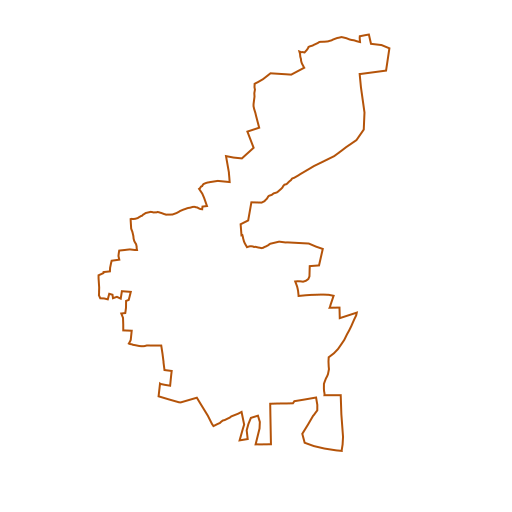 outline of Cuncunul, Yucatán, Mexico, rotated 172°
{"feature_id": "50627088B4763987970493", "entity_name": "Cuncunul", "entity_type": "district", "adm_level": 2, "iso_a3": "MEX", "parent_name": "Mexico", "parent_adm1": "Yucatán", "projection": "robinson", "projection_center": [-88.345, 20.622], "detail": "fine", "context": "isolated", "style": "outline", "palette": "amber", "viewbox_px": 512, "rotation_deg": 172, "n_neighbors": 0, "source": "geoboundaries", "source_scale": "gbopen_adm2", "svg_char_len": 6025}
<svg xmlns="http://www.w3.org/2000/svg" viewBox="0 0 512 512"><g transform="rotate(172 256 256)"><path d="M95.0,443.1L102.3,447.4L112.6,450.1L113.4,459.6L113.7,459.6L116.7,459.5L121.9,459.2L122.6,459.2L123.0,457.5L123.2,453.4L124.8,454.0L125.2,454.2L126.2,454.6L127.4,455.2L128.8,455.9L130.1,456.3L131.2,456.6L133.2,457.4L136.2,459.1L138.7,460.1L139.5,460.4L140.9,460.9L142.9,460.7L144.3,460.6L145.1,460.6L146.1,460.4L149.7,459.6L150.7,459.2L151.4,459.0L153.2,458.8L154.9,458.5L157.0,458.6L158.8,458.7L162.0,459.1L163.0,459.1L163.5,459.1L165.2,458.3L167.8,457.5L169.2,457.1L170.7,456.5L172.9,456.2L173.5,456.1L174.9,455.7L175.4,454.8L176.2,453.8L177.3,452.7L178.3,451.9L179.6,450.8L181.0,451.3L181.7,451.5L182.6,451.5L183.2,451.6L184.2,452.3L184.6,452.5L184.3,450.5L184.3,448.9L184.4,447.8L184.3,446.2L184.1,445.2L184.1,444.0L184.2,443.4L184.0,441.6L183.7,440.1L182.8,437.7L182.3,436.1L182.1,435.7L195.9,430.7L201.1,431.8L216.2,434.9L224.5,430.1L230.2,427.8L231.8,427.3L233.4,426.7L234.0,423.4L233.9,420.9L235.0,417.5L235.3,414.0L236.3,410.4L237.3,406.7L237.6,404.7L237.4,402.0L236.7,397.7L236.4,394.5L235.0,382.6L247.2,380.4L243.3,363.5L256.4,354.6L264.5,356.6L271.8,359.1L271.5,350.8L271.2,342.3L271.3,341.9L271.5,337.6L271.8,332.9L283.4,335.7L289.6,335.6L290.1,335.6L290.4,335.6L291.1,335.6L292.4,335.5L293.6,335.5L295.0,335.3L295.5,335.2L296.1,335.1L296.9,334.8L297.9,334.6L298.8,333.8L299.6,332.7L300.6,332.5L300.9,332.3L301.7,331.3L302.4,330.7L303.0,330.4L300.5,325.2L299.3,320.8L297.6,312.3L302.1,312.4L302.7,310.3L302.8,309.8L303.2,309.9L304.6,310.3L305.5,310.8L307.0,311.9L307.3,312.2L307.9,312.4L308.7,312.6L309.8,313.2L310.4,313.3L311.6,313.4L312.0,313.4L314.5,313.0L314.8,313.0L316.2,313.0L316.5,313.0L317.8,312.8L319.5,312.4L320.6,312.2L321.2,312.1L322.4,311.8L325.0,311.1L326.0,310.6L327.3,310.1L328.7,309.6L329.6,309.4L330.6,309.2L332.0,308.9L333.1,308.7L338.7,309.4L339.3,309.4L339.9,309.8L340.7,310.1L341.1,310.3L342.0,310.8L342.9,311.3L343.8,311.8L344.9,312.2L345.3,312.5L347.3,313.3L348.2,313.1L349.1,313.1L349.9,313.3L351.1,313.3L351.9,313.6L352.8,314.0L353.3,314.1L354.2,314.4L355.0,314.3L359.3,313.9L360.1,313.5L361.1,313.0L362.0,312.7L363.3,311.7L364.6,311.5L365.6,311.0L366.0,310.9L366.7,310.6L367.2,310.3L368.0,310.0L370.8,309.6L371.5,309.7L372.6,309.7L374.1,310.1L375.0,310.0L375.2,308.2L375.8,300.5L375.4,298.6L375.1,297.4L374.9,295.6L374.8,294.1L374.7,293.3L374.7,292.1L374.8,290.4L374.6,288.7L374.5,287.9L374.1,286.7L373.6,285.5L373.1,284.4L372.9,282.0L373.1,280.3L373.0,278.5L375.1,278.8L380.0,280.1L383.4,280.2L384.7,280.2L390.3,280.4L390.7,280.4L391.4,278.2L392.2,275.2L391.9,271.4L394.4,271.4L397.3,271.4L399.6,271.4L400.5,269.2L401.3,266.9L402.1,264.7L402.8,261.1L409.2,261.3L409.5,260.3L414.6,258.8L415.0,255.9L415.7,246.5L416.4,242.4L416.4,242.1L417.0,238.9L416.1,235.8L412.3,235.1L408.8,233.7L406.6,239.0L403.5,237.6L403.5,234.1L400.1,234.8L399.4,234.9L395.9,232.6L393.7,239.8L390.5,239.1L385.0,237.9L386.9,233.2L388.0,230.6L388.2,230.2L390.9,229.6L391.9,223.1L392.0,222.6L393.3,218.0L393.4,217.7L397.4,217.8L396.3,213.3L396.4,212.3L397.0,206.7L397.8,200.8L389.5,199.3L391.7,190.4L392.7,188.8L394.1,187.0L393.5,186.6L392.5,186.2L391.9,186.0L391.3,185.9L390.8,185.5L390.0,185.1L388.3,184.6L385.5,183.6L384.7,183.3L382.9,182.8L380.6,182.4L379.2,182.3L378.0,182.4L376.7,182.6L362.3,180.5L362.2,172.1L362.3,163.9L362.4,163.5L362.5,155.8L355.5,153.9L356.5,150.1L359.1,139.5L364.5,141.2L368.4,142.6L368.8,143.0L372.0,130.6L362.2,126.1L352.5,121.8L350.9,121.5L334.3,123.9L331.3,116.9L325.9,104.5L323.0,95.9L321.8,93.5L319.7,94.2L317.7,94.9L314.9,95.7L313.9,96.5L311.8,97.7L309.8,97.9L306.5,99.0L304.5,99.6L302.8,100.6L300.3,101.2L295.7,102.3L292.0,103.6L291.2,90.7L293.2,86.4L297.9,75.7L289.7,75.9L289.5,84.7L286.9,90.7L283.6,96.4L276.3,97.6L275.3,91.1L276.5,84.7L282.6,69.5L280.8,69.3L278.5,68.9L267.4,67.5L263.8,97.2L262.5,107.7L255.1,106.9L250.5,106.3L245.2,105.6L239.9,105.0L238.2,106.9L237.3,106.9L228.3,107.1L216.2,107.5L216.0,100.0L216.8,94.6L219.2,92.2L220.5,90.8L221.7,89.8L224.7,86.0L228.0,81.8L234.9,73.5L233.8,64.3L227.2,60.8L225.1,59.7L215.0,55.8L203.4,52.3L198.3,51.1L198.3,51.3L196.5,57.2L195.0,64.7L194.3,75.3L193.5,87.4L191.7,104.3L191.5,106.4L207.6,108.6L207.4,109.4L207.3,110.6L207.4,112.9L207.2,115.4L206.5,120.0L205.3,122.3L203.8,125.0L202.4,126.9L201.2,128.9L200.3,131.5L199.5,133.8L199.4,136.4L198.9,141.5L198.1,145.6L192.4,148.8L187.7,152.5L184.1,156.4L180.3,160.6L176.7,165.9L174.2,169.2L171.4,173.3L169.2,176.9L167.4,179.8L165.1,183.2L164.1,185.9L181.7,182.8L180.5,193.3L182.1,193.5L190.3,194.5L190.0,195.0L189.8,195.3L189.5,196.0L189.0,197.2L184.7,205.8L189.2,207.4L194.6,208.4L196.7,208.7L201.4,209.2L206.8,209.8L212.2,210.2L219.4,210.5L219.3,212.3L219.2,215.5L219.3,217.6L219.5,219.8L219.9,221.8L220.7,225.3L218.1,225.2L215.4,224.7L213.0,224.0L210.1,224.5L207.4,225.9L205.9,228.4L204.2,238.5L194.9,237.9L188.9,253.7L195.2,256.9L202.0,261.0L222.9,265.1L224.9,265.3L231.1,267.0L239.6,266.2L239.8,266.2L240.0,266.2L241.1,265.8L242.1,265.1L242.6,264.9L244.0,264.4L245.1,264.0L246.6,263.7L247.5,263.2L248.5,263.1L249.3,263.0L250.2,263.3L251.2,263.7L252.3,264.0L255.3,265.2L255.9,265.2L256.7,265.2L257.6,265.8L258.9,266.2L259.5,266.3L260.7,266.5L262.7,266.2L263.7,266.0L264.0,266.8L264.5,268.0L264.8,268.8L265.2,269.8L265.5,270.7L265.9,272.2L266.1,273.9L266.3,275.2L266.3,275.9L266.4,277.2L266.6,278.6L267.5,278.5L266.8,289.6L258.8,292.3L253.1,309.8L243.0,308.1L240.0,309.1L239.5,309.5L238.7,310.2L237.5,311.0L236.4,312.2L235.9,312.9L235.3,313.5L234.7,313.8L234.3,313.9L232.7,314.2L232.1,314.3L231.4,314.6L230.5,315.2L229.6,315.6L228.8,315.7L227.9,315.8L226.4,316.1L225.9,316.3L221.6,319.1L220.2,320.2L219.6,321.2L217.9,322.7L216.3,322.8L215.1,323.3L214.4,323.9L213.1,324.9L212.2,325.5L210.9,326.2L209.6,327.6L208.6,327.9L207.4,328.1L202.9,329.9L200.8,330.9L186.1,337.0L164.7,344.0L156.6,348.4L151.3,351.4L140.4,356.8L131.7,366.2L128.6,383.0L128.6,408.5L128.1,420.1L128.0,421.8L126.7,421.7L101.4,421.5L95.0,443.1Z" fill="none" stroke="#b45309" stroke-width="2"/></g></svg>